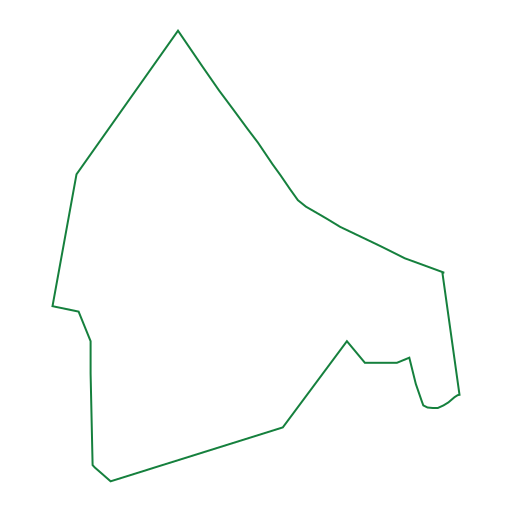 the district of Trou Rouge, Castries, Saint Lucia
{"feature_id": "8701671B79423766550609", "entity_name": "Trou Rouge", "entity_type": "district", "adm_level": 2, "iso_a3": "LCA", "parent_name": "Saint Lucia", "parent_adm1": "Castries", "projection": "equal_earth", "projection_center": [-60.989, 14.006], "detail": "fine", "context": "isolated", "style": "outline", "palette": "green", "viewbox_px": 512, "rotation_deg": 0, "n_neighbors": 0, "source": "geoboundaries", "source_scale": "gbopen_adm2", "svg_char_len": 620}
<svg xmlns="http://www.w3.org/2000/svg" viewBox="0 0 512 512"><path d="M52.5,306.2L78.6,311.6L90.6,341.2L90.6,373.6L92.6,465.1L94.8,467.5L110.6,481.3L282.8,427.4L346.9,341.2L364.9,362.8L396.9,362.8L409.3,357.7L415.8,383.9L421.8,401.3L423.3,405.4L427.5,407.5L432.8,408.0L437.8,408.0L443.5,405.4L448.4,402.4L454.5,397.2L457.6,395.2L459.5,394.8L442.4,272.7L444.2,272.7L404.8,258.3L381.0,246.4L340.2,226.9L326.4,218.5L306.0,206.7L297.9,200.2L289.9,189.0L280.6,175.4L272.5,164.2L258.0,142.7L247.6,129.0L233.4,109.7L219.0,90.4L202.2,66.2L178.0,30.7L76.5,174.3L52.5,306.2Z" fill="none" stroke="#15803d" stroke-width="2"/></svg>